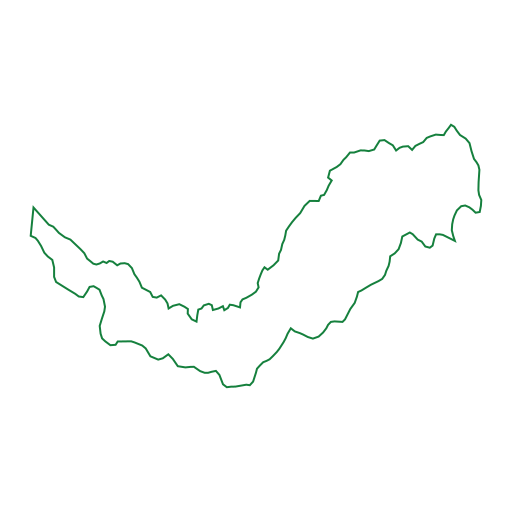 Castelândia, Goiás, Brazil (Equal Earth projection)
{"feature_id": "56859067B13965463256394", "entity_name": "Castelândia", "entity_type": "district", "adm_level": 2, "iso_a3": "BRA", "parent_name": "Brazil", "parent_adm1": "Goiás", "projection": "equal_earth", "projection_center": [-50.36, -18.152], "detail": "fine", "context": "isolated", "style": "outline", "palette": "green", "viewbox_px": 512, "rotation_deg": 0, "n_neighbors": 0, "source": "geoboundaries", "source_scale": "gbopen_adm2", "svg_char_len": 3260}
<svg xmlns="http://www.w3.org/2000/svg" viewBox="0 0 512 512"><path d="M479.7,212.0L480.9,205.9L481.3,200.0L479.1,194.9L478.4,190.3L478.6,182.1L479.4,169.8L478.4,165.4L476.5,162.2L474.0,158.9L471.5,151.1L469.5,143.1L465.7,138.6L460.0,135.0L456.7,130.6L454.3,126.8L451.0,124.8L448.6,128.1L445.9,131.5L443.8,135.1L440.8,135.0L435.8,134.6L430.3,136.4L426.7,137.9L423.2,142.1L419.5,143.8L415.4,145.9L412.1,149.9L408.2,146.2L402.9,146.6L399.6,147.8L396.1,150.5L392.8,145.3L389.0,143.1L384.5,140.1L379.7,140.6L376.5,145.7L374.2,149.5L368.8,151.1L364.6,150.5L360.5,150.4L354.2,152.5L350.0,152.5L346.1,157.3L343.5,159.8L340.4,164.2L336.7,167.0L329.9,170.7L328.1,177.6L331.7,180.5L328.7,185.6L326.8,190.1L324.1,194.9L320.9,195.7L318.7,201.0L309.7,200.9L304.5,205.9L300.2,213.1L295.7,217.8L292.1,222.1L288.9,226.5L286.1,230.7L285.3,235.4L284.2,239.9L282.3,244.0L281.0,249.9L279.1,253.7L278.2,260.5L273.5,265.3L267.7,269.7L264.5,267.3L262.4,270.4L260.8,274.2L259.2,278.4L257.7,283.1L258.6,287.4L255.9,291.7L251.8,294.7L246.3,297.8L242.5,299.4L240.5,302.3L240.0,307.4L233.3,305.2L229.8,304.7L227.9,308.0L224.3,310.2L222.9,306.2L218.4,308.5L212.9,310.0L211.8,305.2L208.8,303.8L203.8,305.4L201.5,308.5L198.3,309.6L197.3,315.2L196.5,321.6L191.7,319.3L187.7,313.6L187.9,309.0L184.4,306.7L179.3,304.2L173.0,305.8L168.6,308.5L167.5,303.4L165.2,299.6L161.1,295.4L156.7,297.6L152.7,296.9L150.2,292.0L145.4,289.5L141.9,287.7L139.4,281.7L136.9,277.7L134.4,274.2L131.9,268.1L128.1,264.1L124.7,263.2L120.5,263.5L117.2,265.3L112.7,261.7L109.2,261.0L106.6,263.0L103.1,261.5L99.7,263.5L96.4,264.5L93.3,263.7L90.7,261.5L87.1,258.6L84.3,253.2L80.5,249.2L74.6,243.6L70.4,239.6L64.9,237.3L58.9,232.9L56.6,230.3L53.3,226.7L48.8,224.7L33.5,207.5L30.7,235.8L35.5,238.0L37.8,240.7L41.1,246.0L44.3,252.7L47.8,256.5L52.3,259.9L54.1,267.5L54.1,276.9L56.1,282.0L68.4,289.7L75.2,293.8L78.8,296.5L83.3,297.1L87.1,291.5L89.6,286.9L93.6,286.2L96.4,287.8L99.5,289.7L101.7,295.4L103.5,299.1L105.0,306.7L104.3,311.4L101.8,319.0L99.7,325.9L100.6,333.7L102.1,338.4L105.2,341.3L110.4,345.2L115.6,344.8L117.7,341.5L131.1,341.3L134.5,342.4L142.2,345.5L145.7,348.4L150.4,356.3L158.2,359.6L162.8,358.3L168.3,354.3L172.8,358.9L177.8,366.2L185.4,367.4L190.4,366.9L193.9,366.8L200.1,371.1L204.7,372.8L208.1,372.8L211.5,371.8L215.9,370.9L219.4,374.9L223.0,384.3L226.8,387.2L231.0,386.7L235.4,386.6L246.3,384.7L249.8,385.2L253.1,381.6L255.9,372.9L257.0,368.7L259.9,365.5L263.2,362.2L266.5,360.9L269.6,359.3L272.8,356.2L276.8,352.0L279.3,348.8L283.6,342.1L285.7,338.2L287.6,333.7L290.8,328.3L294.8,331.4L299.8,333.1L303.0,334.5L307.8,337.0L312.9,338.6L318.6,336.6L323.1,332.5L326.3,328.3L328.1,324.8L330.9,321.9L334.5,321.4L342.5,321.9L345.0,319.4L350.3,309.0L354.7,302.9L356.9,296.7L358.1,292.0L361.4,290.5L365.8,287.8L371.0,284.7L378.5,281.1L382.2,278.9L385.0,274.9L386.3,270.8L388.6,265.9L389.6,261.7L390.2,256.3L394.7,253.4L398.6,249.2L400.9,243.0L402.3,236.5L409.8,232.5L412.7,234.2L417.7,239.6L421.7,241.6L425.3,246.5L429.8,247.7L432.6,245.6L434.3,238.5L436.1,234.3L439.6,234.3L442.9,234.9L447.7,237.3L454.9,240.9L453.2,235.9L451.8,230.2L452.2,224.2L453.2,219.3L454.5,215.5L456.9,210.4L461.2,206.2L465.2,205.5L469.3,207.3L472.5,209.7L475.6,212.7L479.7,212.0Z" fill="none" stroke="#15803d" stroke-width="2"/></svg>